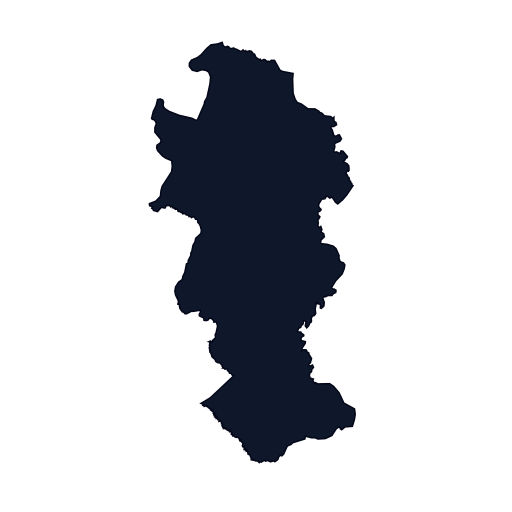 Yendi Municipal, Northern, Ghana, rotated 193°
{"feature_id": "2480657B94460481801793", "entity_name": "Yendi Municipal", "entity_type": "district", "adm_level": 2, "iso_a3": "GHA", "parent_name": "Ghana", "parent_adm1": "Northern", "projection": "natural_earth1", "projection_center": [0.075, 9.473], "detail": "fine", "context": "isolated", "style": "filled", "palette": "ink", "viewbox_px": 512, "rotation_deg": 193, "n_neighbors": 0, "source": "geoboundaries", "source_scale": "gbopen_adm2", "svg_char_len": 6054}
<svg xmlns="http://www.w3.org/2000/svg" viewBox="0 0 512 512"><g transform="rotate(193 256 256)"><path d="M214.9,56.4L212.5,56.4L211.7,57.2L210.6,56.2L208.4,56.6L206.3,55.4L205.1,56.7L204.4,56.4L201.9,58.9L200.7,58.2L198.5,59.4L195.7,58.7L192.7,60.3L191.3,59.8L189.0,62.4L188.6,65.5L187.7,67.2L185.8,67.1L184.5,69.2L183.0,76.8L182.2,78.4L179.5,80.2L178.2,82.3L167.2,88.7L167.5,91.5L160.7,91.4L157.5,92.2L154.5,91.6L147.4,93.7L141.7,98.1L138.9,105.8L136.9,108.0L136.0,108.4L135.0,106.6L133.4,106.0L130.7,109.5L123.8,111.7L123.3,118.7L123.7,124.1L125.6,129.2L137.3,132.5L144.3,141.4L151.0,146.4L155.5,148.2L166.9,145.3L169.7,146.0L170.5,145.1L172.7,147.5L172.4,149.0L175.9,149.3L177.1,151.6L177.3,153.8L175.9,155.7L176.1,158.0L174.9,160.4L176.4,162.5L178.8,160.8L180.2,161.6L179.9,163.2L179.0,164.0L178.8,168.6L182.3,172.1L182.8,173.5L185.6,174.3L185.4,175.3L186.0,175.8L188.5,175.4L190.1,174.0L190.3,176.8L188.4,181.9L188.6,183.7L193.1,183.8L193.7,186.7L191.5,189.0L191.9,190.1L194.6,190.9L195.1,192.0L198.3,191.4L198.7,191.9L198.1,195.3L196.4,196.5L196.2,198.4L194.9,200.1L195.0,203.7L192.5,203.7L192.3,199.0L190.4,197.4L189.1,199.6L188.4,203.2L187.5,203.7L187.3,205.2L188.1,207.4L187.6,210.2L185.8,211.1L184.9,213.4L186.4,217.6L186.7,224.5L186.2,224.8L185.8,223.3L183.1,223.5L182.2,222.8L181.6,219.8L180.6,219.6L178.6,222.4L179.0,226.1L181.5,230.1L181.0,231.6L179.7,231.6L176.9,233.7L173.1,234.6L172.0,237.0L170.1,238.3L170.3,240.6L172.5,241.4L174.2,241.1L175.3,242.3L172.7,249.9L168.0,258.0L167.2,263.4L167.4,267.3L169.2,269.0L172.7,269.4L174.7,272.5L175.1,275.1L179.7,281.2L183.0,283.0L189.3,283.4L195.4,282.7L196.0,283.2L196.3,286.1L193.7,290.1L195.1,293.0L198.0,293.9L197.8,296.7L199.5,299.4L201.1,297.7L202.5,299.5L202.8,302.5L203.8,304.5L202.5,308.5L204.9,310.1L205.6,312.6L203.3,314.6L203.1,316.1L205.4,317.4L206.5,319.5L206.4,321.1L204.7,326.2L201.8,327.2L200.5,330.7L197.1,329.0L195.9,330.1L194.4,329.9L190.7,326.3L188.1,325.1L184.3,330.2L181.4,335.7L177.3,346.4L178.5,346.8L179.0,348.2L180.4,348.9L180.6,350.0L181.5,350.1L183.1,353.4L184.3,353.7L185.3,355.5L186.8,356.2L186.5,359.4L185.0,359.4L184.6,360.5L185.8,364.6L187.8,366.3L191.9,367.5L192.0,368.3L191.0,369.4L190.6,371.3L189.4,372.2L189.3,373.5L194.9,377.7L196.8,377.6L197.1,375.3L197.7,374.8L200.7,375.6L202.9,374.8L203.9,375.7L203.7,379.9L204.8,383.3L200.0,386.8L199.1,389.5L202.0,392.8L203.1,392.5L205.0,390.7L207.1,390.7L210.1,396.0L212.2,397.9L211.7,399.0L209.3,399.7L207.0,402.0L208.2,404.2L209.8,404.6L210.6,405.7L211.3,408.7L212.1,407.4L214.5,408.7L220.9,408.0L223.9,410.0L226.5,410.3L227.2,411.2L231.7,412.6L238.4,411.1L245.7,414.2L250.4,414.9L253.1,417.5L256.4,422.8L260.1,436.5L260.9,442.2L271.7,441.8L274.4,442.4L282.0,450.8L285.2,450.1L286.0,448.6L288.2,448.5L288.6,447.6L291.0,449.2L292.5,449.3L294.8,447.5L296.2,448.7L296.7,448.0L300.7,449.5L302.9,452.4L303.9,452.2L306.4,454.4L308.7,454.4L310.9,453.0L312.0,453.6L312.0,453.1L313.3,453.0L315.0,453.9L316.5,451.8L322.3,453.2L322.8,452.8L324.5,453.7L326.8,452.5L328.9,452.7L329.4,453.6L331.0,453.9L332.5,452.7L335.1,453.3L337.0,456.6L340.9,454.1L347.4,451.6L350.5,447.4L354.9,439.5L357.7,436.2L363.0,432.3L364.3,428.9L363.6,425.7L359.9,422.7L354.9,422.6L350.7,425.3L346.6,425.6L343.5,424.6L340.5,420.2L339.6,413.4L339.4,399.5L340.8,394.8L340.6,392.4L343.7,375.6L344.8,374.7L349.5,375.8L362.6,375.8L373.3,377.4L377.9,379.1L379.6,380.5L380.5,382.3L380.7,385.2L382.0,387.0L384.7,387.5L387.1,386.3L387.2,380.0L388.6,373.8L388.7,366.6L387.8,365.8L385.7,365.8L383.5,363.7L382.9,362.0L383.4,358.5L382.4,353.9L375.1,348.3L374.4,346.7L374.8,344.6L377.4,341.7L377.2,339.1L375.6,336.6L369.6,332.4L365.9,331.0L359.6,329.9L357.8,324.7L357.2,319.1L363.1,302.8L363.3,298.6L362.6,292.6L366.0,286.9L371.6,283.1L371.5,282.2L370.9,281.0L368.1,280.8L368.3,279.0L367.4,278.9L366.1,277.3L361.9,277.1L359.2,282.1L355.5,282.2L354.7,284.9L351.6,285.8L350.3,284.7L349.9,285.4L348.6,285.2L348.3,284.3L347.6,284.7L346.2,283.7L345.5,284.4L344.8,283.4L343.2,284.0L342.1,282.6L342.5,282.0L341.9,282.4L341.9,281.4L341.4,282.4L338.2,281.4L337.5,282.0L336.9,280.6L334.9,281.4L333.0,280.3L331.0,280.6L330.1,279.3L329.3,279.9L327.3,278.9L326.8,279.7L324.7,280.2L323.2,278.2L322.2,278.6L320.8,277.7L320.2,275.5L319.1,275.1L317.0,272.7L315.0,268.7L314.8,265.5L318.7,259.7L318.7,255.9L319.8,252.4L319.6,245.9L320.2,244.2L319.6,242.0L321.0,236.5L320.6,233.8L322.0,232.7L321.7,224.0L322.7,219.6L322.6,216.4L325.5,213.2L327.4,207.9L327.2,203.7L325.7,200.1L321.3,194.5L321.3,191.4L319.0,191.1L319.2,189.6L318.3,187.7L315.1,184.9L314.0,185.3L312.4,183.8L310.8,184.0L306.0,188.0L305.0,187.8L298.2,190.6L297.5,188.7L298.2,186.5L297.7,184.9L293.0,183.9L292.2,181.6L289.5,182.0L288.1,183.1L287.7,184.6L285.8,185.3L282.9,183.6L282.1,182.0L280.4,182.9L279.2,181.7L277.7,179.1L277.6,172.1L278.1,170.2L277.0,167.3L279.3,164.0L279.2,162.3L281.3,162.9L282.6,161.9L281.5,161.9L281.3,158.4L280.0,157.3L281.0,156.5L279.1,151.7L278.0,151.1L276.1,147.8L272.7,146.0L271.4,144.2L269.6,143.5L266.0,143.6L265.6,142.4L264.2,141.9L264.2,141.0L263.2,140.3L263.4,139.3L262.4,139.6L260.9,138.7L259.1,139.7L257.9,137.8L256.9,137.8L255.5,135.9L253.5,135.9L252.5,134.6L250.8,134.2L268.6,107.6L276.5,100.0L274.0,99.6L274.2,98.5L272.9,98.7L272.7,97.8L270.6,98.9L270.1,98.3L269.3,98.6L268.7,97.7L265.8,96.6L265.8,95.9L264.4,95.3L263.7,96.1L263.8,95.0L262.0,94.1L261.4,94.5L262.1,93.4L261.2,93.4L261.7,92.5L260.8,91.4L259.7,92.2L259.5,91.4L260.2,90.9L259.4,90.8L259.7,89.8L258.7,89.9L258.3,88.9L257.5,89.8L257.4,88.9L256.0,87.8L254.6,88.2L254.8,86.6L254.1,87.0L251.8,86.3L251.9,84.7L250.3,84.3L251.0,83.0L249.4,81.2L248.3,81.5L248.6,80.6L246.5,81.0L245.9,80.3L242.4,79.3L241.9,80.1L241.9,79.1L241.4,79.5L239.9,78.1L240.1,76.9L239.1,76.4L238.8,76.9L238.0,75.4L237.0,76.2L236.5,75.2L234.5,74.8L233.2,75.3L231.5,74.5L230.3,72.5L229.7,73.2L229.8,72.4L227.6,71.4L226.5,70.1L226.6,67.9L225.7,67.0L224.5,67.4L224.1,65.0L223.3,65.7L222.7,64.4L221.7,65.5L221.3,65.1L221.8,64.5L221.6,63.6L220.3,63.5L219.0,61.0L217.3,60.9L214.9,57.4L214.9,56.4Z" fill="#0f172a" stroke="#020617" stroke-width="1.5"/></g></svg>